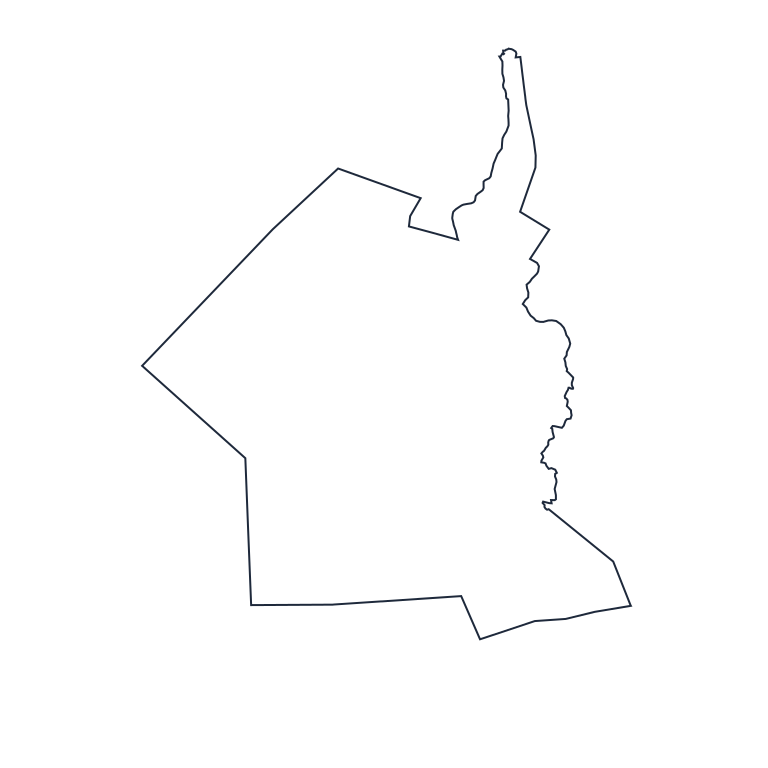 San Jerónimo Taviche, Oaxaca, Mexico (orthographic projection), rotated 73°
{"feature_id": "50627088B38398266260275", "entity_name": "San Jerónimo Taviche", "entity_type": "district", "adm_level": 2, "iso_a3": "MEX", "parent_name": "Mexico", "parent_adm1": "Oaxaca", "projection": "orthographic", "projection_center": [-96.586, 16.703], "detail": "fine", "context": "isolated", "style": "outline", "palette": "slate", "viewbox_px": 768, "rotation_deg": 73, "n_neighbors": 0, "source": "geoboundaries", "source_scale": "gbopen_adm2", "svg_char_len": 2960}
<svg xmlns="http://www.w3.org/2000/svg" viewBox="0 0 768 768"><g transform="rotate(73 384 384)"><path d="M111.1,158.0L110.2,162.6L106.7,160.8L104.6,160.9L102.2,162.9L101.1,164.1L100.2,166.0L99.7,166.7L100.1,167.9L100.0,169.5L100.6,170.5L100.0,172.6L102.6,173.1L103.3,172.7L103.6,173.3L102.7,174.3L104.9,176.8L104.6,177.9L106.7,177.4L110.2,176.5L114.2,177.6L117.8,178.9L122.0,180.1L125.7,180.1L129.2,180.6L132.7,182.7L135.4,183.2L138.8,182.2L142.2,182.4L144.5,183.2L146.7,183.4L148.2,182.1L159.1,184.9L164.0,186.9L167.2,187.6L170.7,188.5L173.3,189.3L178.4,193.2L180.8,196.1L183.7,198.8L187.8,200.5L193.2,202.5L196.0,206.4L197.1,208.0L199.4,209.9L202.4,212.3L205.2,214.7L209.7,217.2L213.6,219.7L216.7,221.3L218.0,223.2L218.7,227.8L219.6,229.6L221.8,230.3L225.7,231.4L227.5,233.0L228.3,235.1L229.6,239.1L231.0,241.3L235.1,243.3L236.4,245.2L236.7,247.8L236.1,251.9L235.7,255.6L235.9,257.6L236.8,260.7L237.9,264.2L239.5,267.3L241.4,268.5L244.7,270.0L245.6,270.3L246.5,270.4L248.8,270.5L250.8,270.7L252.5,270.9L254.2,270.8L256.5,270.7L258.3,270.6L260.9,270.8L263.0,270.9L264.6,271.1L266.3,271.1L267.8,271.0L253.0,294.3L240.6,314.1L231.1,309.9L217.0,294.6L164.5,364.9L203.5,445.1L295.9,610.0L414.4,538.3L481.2,555.9L556.6,575.7L580.0,497.6L580.2,496.5L609.4,372.2L656.2,366.8L656.1,361.6L654.8,309.1L661.8,278.9L663.5,249.1L668.3,212.8L667.9,212.9L620.8,216.7L551.9,263.1L551.9,264.8L550.3,266.0L548.4,266.5L546.8,265.8L544.1,267.1L543.0,266.2L546.2,260.9L547.1,258.6L543.8,258.2L545.0,254.7L544.5,253.3L540.5,252.1L534.3,251.5L528.2,247.7L525.7,247.2L522.4,247.5L520.0,246.6L519.5,244.7L516.0,245.3L513.4,248.5L513.3,251.3L509.6,252.6L507.2,252.7L506.1,254.0L504.9,256.5L503.4,255.9L500.8,253.1L499.0,253.0L496.4,253.8L495.2,251.9L494.7,250.5L493.6,249.3L492.3,247.9L491.4,246.1L490.1,244.6L488.0,244.1L486.5,243.2L485.8,242.4L485.4,238.0L484.5,237.0L479.2,236.8L476.1,236.2L475.0,237.0L473.5,235.0L474.2,233.2L477.9,226.7L476.4,224.3L472.4,221.3L471.1,219.5L471.6,215.7L468.7,213.7L466.4,213.5L463.8,212.9L460.7,214.4L458.5,215.6L454.7,213.5L452.8,213.2L451.1,213.9L450.4,214.9L448.4,214.7L444.9,211.6L443.4,209.8L441.5,208.6L441.7,207.9L443.2,206.3L443.8,204.8L443.2,204.3L441.1,204.6L440.0,204.7L438.9,204.4L437.7,204.0L434.5,201.7L433.1,201.2L427.2,204.2L425.1,205.5L423.3,204.5L419.9,204.9L416.3,204.2L412.5,204.2L410.0,201.0L406.9,199.8L402.7,195.9L399.8,194.1L394.5,194.0L390.6,195.3L386.7,195.2L382.8,195.6L378.5,197.5L374.1,200.9L372.2,204.8L371.3,208.3L371.2,213.5L370.1,216.8L368.0,220.1L364.8,221.5L361.5,223.8L356.9,225.1L352.5,225.5L348.1,227.9L345.1,224.4L343.3,220.8L338.8,219.2L334.3,219.2L330.7,218.6L328.9,214.6L326.6,211.8L324.9,208.5L323.2,205.4L321.5,203.7L316.7,201.4L313.0,202.2L307.1,207.8L284.7,180.8L259.1,203.5L221.3,175.9L209.8,172.1L193.7,169.4L182.8,168.5L159.0,166.4L152.8,165.4L149.8,164.8L149.0,164.7L145.1,164.0L139.2,163.0L133.7,162.0L127.9,161.0L121.3,159.8L111.1,158.0Z" fill="none" stroke="#1e293b" stroke-width="2"/></g></svg>